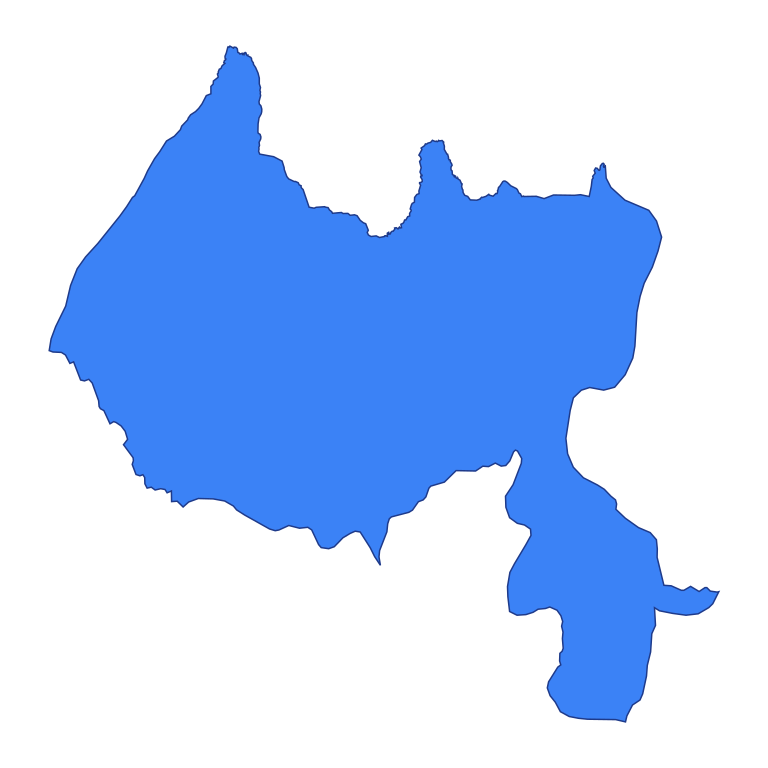 Kasangulu, Bas-Congo, Democratic Republic of the Congo
{"feature_id": "63176286B98008703469616", "entity_name": "Kasangulu", "entity_type": "district", "adm_level": 2, "iso_a3": "COD", "parent_name": "Democratic Republic of the Congo", "parent_adm1": "Bas-Congo", "projection": "equal_earth", "projection_center": [15.357, -4.804], "detail": "fine", "context": "isolated", "style": "filled", "palette": "blue", "viewbox_px": 768, "rotation_deg": 0, "n_neighbors": 0, "source": "geoboundaries", "source_scale": "gbopen_adm2", "svg_char_len": 6056}
<svg xmlns="http://www.w3.org/2000/svg" viewBox="0 0 768 768"><path d="M718.8,591.7L717.2,592.1L710.3,591.1L706.8,587.6L705.0,587.6L699.1,591.5L690.6,586.4L683.9,590.3L681.3,590.3L671.2,585.8L663.9,585.3L657.1,557.3L657.3,548.9L656.4,539.7L650.2,532.6L638.5,527.6L625.4,518.3L615.9,509.3L616.6,504.0L615.5,499.9L610.8,496.1L604.3,489.3L597.5,485.0L583.4,477.8L573.3,467.2L567.6,453.8L565.9,438.3L570.2,410.4L573.4,397.8L581.3,390.2L589.7,387.5L603.7,390.1L614.7,387.2L625.2,374.7L632.8,358.0L634.9,346.1L636.9,312.5L640.1,296.4L644.2,283.2L652.3,267.2L658.0,251.1L661.6,237.1L656.5,221.0L648.8,210.3L625.0,200.2L610.9,187.4L606.2,178.2L605.3,165.9L604.5,166.3L604.3,167.2L603.8,167.2L603.5,166.1L604.2,164.3L603.4,163.3L602.3,163.5L600.4,165.9L599.9,169.8L599.5,170.3L598.8,170.2L597.2,168.3L595.6,168.0L594.2,170.5L595.2,173.2L592.7,176.3L593.2,177.9L592.1,179.5L591.3,186.3L589.2,196.5L580.5,194.7L574.6,195.3L553.5,195.0L544.1,198.6L536.3,196.3L523.9,196.5L523.6,196.1L521.8,196.6L520.4,193.8L518.9,193.0L517.4,189.7L516.4,188.6L510.8,185.8L507.4,182.5L505.4,181.2L504.0,181.0L502.8,181.6L499.9,186.1L498.5,187.5L498.0,189.8L497.5,190.6L497.7,191.3L497.3,193.2L496.9,193.7L495.9,193.5L493.1,196.2L489.4,195.1L488.8,194.3L486.0,196.3L482.4,197.5L481.8,197.2L480.3,198.5L480.3,199.0L476.8,200.2L470.3,199.9L467.7,196.4L464.7,195.3L463.1,192.5L462.9,189.9L462.4,189.3L461.6,186.5L462.1,184.1L461.7,184.1L460.0,180.2L458.2,179.1L457.8,178.1L457.7,178.5L456.2,178.0L455.9,177.0L455.4,176.8L455.5,176.2L454.6,175.6L454.2,176.4L453.7,175.3L452.4,174.4L452.1,170.9L451.2,170.1L450.9,168.5L451.1,166.8L452.1,165.3L451.7,163.9L450.3,161.6L450.3,160.3L449.6,159.7L449.1,159.8L448.4,158.4L448.5,157.3L447.6,154.2L446.9,154.1L444.3,149.4L444.4,146.2L443.2,142.2L443.6,142.0L442.1,140.5L439.6,140.9L438.6,140.4L438.2,141.2L437.1,141.7L436.5,141.1L435.2,141.5L432.4,140.3L430.6,142.4L427.9,143.1L426.6,144.1L425.4,143.9L424.6,145.6L421.1,148.1L421.9,149.6L418.9,155.1L420.3,156.6L421.3,159.1L419.6,161.5L421.2,167.8L420.0,172.0L421.4,175.2L422.0,175.2L422.0,175.8L420.7,176.2L420.6,177.0L422.2,179.7L422.2,181.5L421.2,182.3L419.6,182.6L419.5,183.2L420.6,185.2L418.9,191.0L419.1,193.6L416.8,194.5L414.6,197.4L414.4,202.2L412.2,203.4L411.4,204.9L410.2,209.0L411.2,210.1L411.2,210.8L409.6,213.4L409.7,216.0L407.7,216.7L405.9,219.9L404.6,220.0L403.8,222.3L403.1,223.2L400.9,224.3L401.5,227.7L400.0,228.0L399.4,227.1L398.0,228.9L396.3,227.7L394.6,228.0L394.8,229.1L393.2,231.2L392.2,231.2L390.9,232.3L390.3,233.9L388.3,234.3L388.1,233.9L388.9,232.9L388.7,232.3L387.3,233.2L387.4,236.3L385.7,235.7L384.6,235.9L384.5,236.5L379.5,237.5L376.2,235.9L371.0,236.5L368.4,235.0L367.2,232.4L368.3,230.3L365.7,223.7L363.4,222.8L360.2,220.3L357.1,215.7L354.5,214.8L350.2,215.3L347.9,213.4L343.0,213.5L341.4,212.5L332.5,213.3L331.7,211.7L329.5,210.0L328.1,207.6L325.1,207.1L324.8,206.7L316.1,207.3L314.2,208.2L309.1,207.2L303.1,189.5L301.7,188.2L301.1,187.1L301.1,185.7L299.2,184.9L298.2,182.7L295.5,181.5L294.1,181.5L288.7,178.9L286.8,176.5L284.3,169.6L284.1,167.5L282.1,161.1L273.7,156.7L259.7,154.1L258.6,151.3L259.0,149.2L258.8,147.4L259.5,145.5L259.1,142.3L260.7,139.0L260.9,136.9L260.1,134.4L258.2,133.2L257.9,131.9L258.1,123.8L259.0,117.9L261.2,113.8L261.7,111.8L261.8,109.1L260.9,105.8L259.3,104.0L259.0,101.6L260.6,95.6L260.2,93.3L260.5,92.0L259.9,90.3L260.5,87.6L259.3,83.9L259.3,78.1L258.0,73.0L255.6,67.5L253.4,64.2L253.4,63.0L251.7,60.4L251.5,58.5L250.8,57.4L247.8,55.8L247.8,55.1L247.1,55.4L246.3,54.4L246.1,53.1L245.4,52.5L244.9,52.6L244.0,54.6L243.4,53.5L242.5,54.3L242.2,53.3L239.9,54.0L238.8,52.7L237.8,52.4L237.3,48.8L236.1,47.4L234.1,47.1L233.5,48.1L229.9,46.1L229.0,47.3L228.1,46.8L227.8,47.2L226.3,53.0L225.0,56.2L225.1,58.3L225.9,59.0L225.4,60.0L224.5,60.4L223.8,62.6L224.9,63.3L222.1,65.8L220.9,68.5L219.3,69.2L218.3,71.7L218.3,73.1L217.4,74.0L218.2,76.6L218.0,77.4L213.4,81.0L213.2,84.0L210.9,86.4L210.9,93.8L206.3,95.6L202.0,103.9L198.7,108.4L195.5,111.6L190.6,114.8L188.3,118.0L187.6,119.9L181.7,126.1L180.4,129.7L174.4,136.2L166.5,141.0L159.8,151.6L154.6,158.6L147.6,170.9L144.2,178.4L134.7,195.8L132.5,197.4L126.6,206.7L119.8,216.1L97.8,243.5L85.6,256.9L77.2,268.7L70.6,285.4L65.7,306.1L55.7,326.5L51.1,338.9L49.2,350.6L52.9,352.0L61.4,352.4L65.5,355.0L69.9,363.4L73.6,361.9L80.6,380.0L84.5,380.9L88.8,379.3L92.2,383.0L98.6,400.7L99.1,406.5L100.4,408.7L103.9,410.6L110.0,423.8L113.7,421.6L116.1,422.5L121.1,425.9L125.2,431.3L127.6,439.3L123.5,444.7L133.1,457.7L133.4,460.7L132.2,464.4L136.0,474.5L139.9,475.8L142.9,474.7L144.7,477.5L144.9,483.8L147.1,488.1L151.3,487.2L155.1,490.0L160.7,488.7L165.0,489.5L167.1,492.8L171.4,491.0L171.6,501.6L177.2,501.2L183.1,507.0L188.7,502.0L198.3,498.5L213.2,498.9L224.7,501.0L233.4,506.0L236.6,509.9L244.6,515.0L269.6,529.0L275.2,530.7L278.9,530.0L288.8,525.5L299.5,528.2L307.8,527.3L311.7,529.9L318.6,544.6L321.2,547.6L328.7,548.7L334.3,546.7L342.9,537.8L350.2,533.4L355.2,531.2L360.2,532.0L370.2,547.7L374.7,556.7L380.4,565.3L379.0,556.9L379.6,550.6L386.9,531.8L387.7,523.8L389.3,518.8L391.4,516.9L408.9,512.3L412.5,510.1L418.4,501.7L423.2,499.9L425.9,496.9L428.9,488.2L430.8,486.1L444.4,482.1L456.1,470.6L475.6,471.0L482.8,466.2L488.5,466.6L495.3,463.1L501.2,466.1L505.8,465.5L509.8,460.9L513.6,451.8L515.4,450.1L517.5,451.0L521.7,458.5L521.3,463.3L513.1,484.7L505.5,496.2L505.9,507.3L509.6,517.7L517.3,523.3L524.5,525.0L530.5,529.1L531.0,535.4L525.8,544.8L514.5,563.7L509.9,572.4L507.5,586.6L507.9,596.9L509.6,611.5L517.0,615.2L525.9,614.6L533.1,612.3L538.1,609.2L545.4,608.5L549.8,607.0L557.0,610.2L560.9,615.7L562.7,621.5L561.6,626.2L563.0,632.1L562.4,638.6L563.2,648.3L562.1,651.3L559.9,653.3L559.6,661.0L560.8,664.9L557.8,667.1L548.6,681.8L547.3,687.9L550.1,695.7L555.3,702.2L560.4,711.7L569.2,716.5L578.6,718.3L587.4,719.2L615.7,719.6L625.5,721.9L626.9,715.9L632.5,705.0L640.0,700.0L642.7,693.8L646.5,676.0L647.3,665.4L650.6,652.0L651.8,633.7L655.5,625.4L654.5,607.7L659.5,610.8L672.7,613.4L686.0,615.2L698.2,613.8L708.8,607.6L712.8,603.7L718.8,591.7Z" fill="#3b82f6" stroke="#1e3a8a" stroke-width="1.5"/></svg>